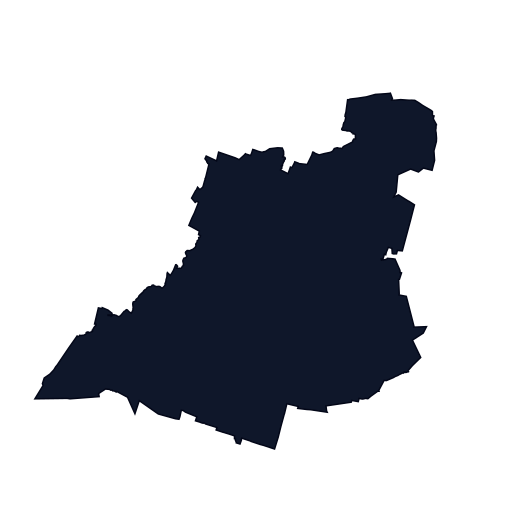 outline of Irapuato, Guanajuato, Mexico, rotated 193°
{"feature_id": "50627088B47484425878670", "entity_name": "Irapuato", "entity_type": "district", "adm_level": 2, "iso_a3": "MEX", "parent_name": "Mexico", "parent_adm1": "Guanajuato", "projection": "natural_earth1", "projection_center": [-101.373, 20.675], "detail": "fine", "context": "isolated", "style": "filled", "palette": "ink", "viewbox_px": 512, "rotation_deg": 193, "n_neighbors": 0, "source": "geoboundaries", "source_scale": "gbopen_adm2", "svg_char_len": 6029}
<svg xmlns="http://www.w3.org/2000/svg" viewBox="0 0 512 512"><g transform="rotate(193 256 256)"><path d="M283.1,359.1L283.4,355.4L283.9,352.7L288.8,353.1L289.3,353.3L290.3,351.5L294.1,346.1L298.5,347.0L315.8,348.8L315.8,339.8L327.0,342.2L327.6,339.3L326.6,338.3L325.7,338.0L325.4,337.7L325.3,336.8L323.9,335.6L323.8,335.3L322.5,335.1L322.7,321.9L322.9,319.6L323.0,319.5L322.7,319.2L323.0,317.7L323.2,312.4L323.4,311.0L325.1,308.7L325.7,308.1L328.4,309.9L329.0,306.9L329.5,306.2L331.8,297.9L327.3,294.5L326.1,295.9L324.0,295.4L325.7,284.1L327.0,278.4L328.3,270.7L316.8,267.5L316.8,263.9L314.7,263.3L314.7,262.3L314.9,261.7L315.7,261.4L316.0,261.1L316.0,260.9L315.6,260.2L315.4,259.2L315.5,258.9L316.3,258.2L316.8,257.4L316.5,256.1L317.4,254.2L317.3,253.7L316.8,253.2L317.1,251.0L317.4,250.4L319.0,248.4L320.9,247.0L321.3,246.6L321.7,246.3L324.2,245.9L324.5,245.7L324.6,245.0L325.1,244.7L325.4,244.3L325.5,243.3L324.5,241.8L323.5,240.7L323.4,240.0L323.6,239.3L324.3,238.4L325.7,237.7L326.1,236.3L326.2,234.8L325.8,233.7L325.2,232.9L324.9,231.4L324.4,230.9L324.7,230.2L325.4,229.6L326.0,227.2L328.1,226.8L330.7,226.0L330.1,228.4L331.4,229.4L331.9,229.6L332.3,229.4L333.2,223.5L334.0,220.8L335.1,217.8L338.6,219.9L338.7,218.9L338.1,215.4L338.3,212.4L338.1,211.3L338.4,208.5L337.8,208.3L338.6,205.8L340.2,203.5L340.7,203.5L341.4,204.0L342.2,204.2L342.5,204.5L343.3,204.6L344.6,204.4L345.6,203.9L346.7,203.8L347.6,204.0L348.2,203.8L348.4,203.9L349.1,204.6L349.4,204.6L350.6,204.2L351.1,202.7L353.8,201.7L355.0,200.7L355.3,199.3L356.5,198.3L357.5,196.9L358.3,194.7L359.0,193.7L359.1,193.9L360.5,191.8L361.2,190.4L361.2,189.2L363.2,186.6L362.8,185.9L362.8,185.6L363.3,184.9L365.3,183.6L365.4,183.1L365.3,181.5L364.0,177.8L363.9,177.3L364.1,176.8L363.7,175.8L364.6,172.2L367.2,173.1L369.2,174.5L370.0,174.6L370.5,174.2L371.7,172.4L372.1,172.3L374.3,167.9L375.0,166.9L375.7,166.3L376.8,166.0L378.7,166.7L381.2,166.8L381.8,166.5L383.0,165.2L383.0,165.6L383.8,164.8L384.8,165.1L386.8,164.8L386.9,165.4L385.3,165.8L384.8,165.7L383.7,166.3L383.2,166.4L383.4,167.8L388.0,170.0L394.2,171.1L394.2,170.1L397.9,170.0L398.0,153.4L396.5,153.5L396.5,152.2L397.4,150.9L397.7,150.0L398.2,148.8L398.0,148.6L398.1,148.2L398.4,147.4L398.8,147.0L398.8,146.2L398.3,145.9L398.3,145.7L400.5,144.3L402.2,143.5L402.1,144.0L402.3,144.2L403.3,144.0L404.2,143.2L404.1,142.3L404.2,141.6L404.5,141.3L406.1,140.0L407.9,139.5L408.7,139.0L409.8,139.2L410.6,137.7L411.6,137.4L412.3,137.8L417.6,124.8L425.3,104.8L426.2,103.1L427.4,99.5L430.3,94.5L434.9,89.5L435.4,83.5L434.3,82.0L439.3,67.1L408.0,74.8L405.1,75.0L377.2,83.7L378.4,86.6L372.5,92.8L372.1,92.6L368.6,93.1L367.6,92.6L366.0,92.9L365.1,92.3L363.9,92.7L361.6,92.0L361.2,92.7L349.4,89.5L338.5,75.1L337.2,88.8L315.7,80.1L297.9,79.3L294.3,79.6L294.0,82.3L294.1,88.9L291.8,89.1L291.6,88.8L289.6,88.0L277.5,86.0L277.9,81.8L273.4,81.5L271.4,81.2L269.7,81.2L269.1,81.9L267.5,81.0L255.5,80.1L255.7,77.5L248.0,76.8L247.8,77.0L247.5,77.0L246.9,76.8L245.9,76.7L242.6,76.5L236.4,75.9L236.4,75.5L235.9,73.1L234.9,73.1L234.6,71.8L233.2,69.9L233.2,69.5L229.3,69.2L228.8,73.3L229.0,74.1L228.9,75.3L219.0,74.4L219.0,74.2L209.5,73.3L206.1,73.2L194.5,72.1L193.6,84.5L193.4,96.1L192.9,108.4L192.8,108.6L192.7,119.0L180.9,118.9L181.1,116.9L171.8,117.9L168.3,118.5L151.5,119.8L152.3,120.8L154.1,125.7L130.3,135.0L130.1,136.8L123.6,137.1L123.5,140.4L120.4,140.5L119.2,140.9L117.3,141.9L114.9,142.1L112.4,145.4L107.0,151.6L105.7,151.9L106.1,152.8L103.2,163.6L101.0,163.9L100.3,164.4L94.7,168.5L93.4,169.8L90.8,171.6L90.2,172.3L86.3,175.4L85.9,175.2L85.8,175.5L85.6,175.6L85.6,175.9L85.3,176.0L85.2,176.1L85.4,176.2L85.7,176.1L85.6,176.4L85.0,176.7L84.3,176.7L84.1,176.2L83.2,176.5L82.8,177.2L81.4,177.1L81.4,176.9L81.4,177.6L82.6,177.6L82.0,178.7L78.9,184.5L72.7,194.2L84.7,209.2L75.7,218.5L74.0,225.5L86.1,222.2L86.2,222.9L100.5,250.5L107.9,250.2L108.0,251.6L111.8,265.3L111.0,265.6L110.4,272.3L111.9,272.7L112.0,272.6L112.5,274.4L119.9,284.3L121.9,283.9L121.9,284.1L127.4,283.3L127.4,282.9L128.5,282.1L128.5,281.9L132.8,280.1L133.5,281.3L131.6,282.1L131.3,286.8L129.9,286.4L129.9,289.0L129.0,294.2L125.3,294.0L123.8,289.1L122.4,289.0L119.6,289.7L119.5,293.2L114.6,293.9L113.5,325.4L113.1,341.5L119.3,343.7L119.7,343.8L119.8,343.7L130.9,347.6L135.1,344.4L133.8,349.8L136.1,367.0L124.9,375.5L116.6,374.4L112.7,379.3L103.7,379.1L103.5,389.4L106.3,398.5L106.0,408.1L106.6,411.4L108.3,416.8L108.7,417.6L109.3,419.3L109.3,420.7L110.0,424.2L109.7,424.4L109.8,424.7L113.3,428.6L114.2,430.0L114.0,432.5L115.6,432.5L116.6,436.5L118.2,437.3L127.5,440.2L132.0,442.0L136.3,443.4L139.6,442.8L142.0,442.2L150.3,440.9L155.7,439.1L159.0,438.3L159.0,438.9L158.5,440.1L161.7,444.9L162.5,444.5L167.1,443.0L176.1,440.3L184.2,435.9L192.8,432.5L199.8,430.0L200.1,429.4L201.9,428.9L200.8,416.9L200.7,416.9L200.6,415.4L200.8,415.4L200.9,413.5L200.7,412.2L200.5,412.3L199.9,411.7L199.7,410.5L199.7,406.6L200.3,405.9L200.4,405.4L200.5,403.4L200.4,403.4L200.3,401.7L200.9,399.8L201.0,399.2L200.9,398.5L200.1,398.1L195.5,398.6L195.4,398.3L193.5,398.7L191.9,398.8L190.3,397.7L188.6,397.3L188.6,396.9L188.2,397.1L186.5,396.8L185.8,393.8L185.6,393.7L185.3,392.4L186.7,392.1L187.2,391.8L187.7,389.6L187.5,388.9L195.5,382.3L196.3,380.0L197.7,380.1L198.2,379.9L200.6,379.5L200.7,379.8L201.3,379.7L202.3,379.2L203.9,378.3L204.7,375.8L205.8,374.5L207.4,373.5L212.6,371.1L217.2,368.7L221.3,369.3L223.3,370.1L224.1,370.0L224.3,367.0L226.7,356.7L235.0,355.7L235.5,356.0L239.4,356.5L239.7,353.8L239.9,353.9L240.8,350.2L242.5,350.4L242.7,348.1L243.3,343.4L251.5,345.4L251.2,346.6L250.9,346.9L250.5,347.6L251.7,349.3L251.6,349.6L251.1,349.8L250.6,349.7L250.5,350.1L250.7,350.5L250.7,351.7L250.3,353.8L249.9,354.7L250.0,355.6L250.3,356.1L250.2,356.4L249.5,356.6L249.3,357.2L249.5,358.0L250.3,358.7L251.2,358.8L251.9,358.4L252.4,358.4L252.0,360.1L251.7,360.6L252.1,362.2L252.7,364.3L254.7,367.1L259.3,366.3L266.8,363.6L270.3,360.0L272.4,359.1L272.8,358.7L273.2,358.6L274.3,358.4L277.4,358.5L281.2,359.0L283.1,359.1Z" fill="#0f172a" stroke="#020617" stroke-width="1.5"/></g></svg>